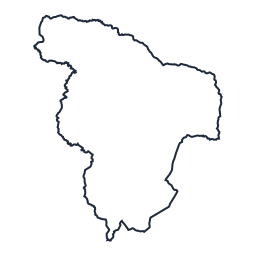 Meluco, Cabo Delgado, Mozambique, rotated 90°
{"feature_id": "85939544B29216683074298", "entity_name": "Meluco", "entity_type": "district", "adm_level": 2, "iso_a3": "MOZ", "parent_name": "Mozambique", "parent_adm1": "Cabo Delgado", "projection": "natural_earth1", "projection_center": [39.629, -12.461], "detail": "fine", "context": "isolated", "style": "outline", "palette": "slate", "viewbox_px": 256, "rotation_deg": 90, "n_neighbors": 0, "source": "geoboundaries", "source_scale": "gbopen_adm2", "svg_char_len": 5769}
<svg xmlns="http://www.w3.org/2000/svg" viewBox="0 0 256 256"><g transform="rotate(90 128 128)"><path d="M217.5,158.4L219.1,153.9L219.4,151.0L219.8,150.0L222.3,149.5L225.5,149.7L229.6,146.9L230.6,147.1L233.9,149.4L238.0,149.1L238.8,148.6L239.2,148.0L240.0,148.4L239.8,147.6L240.3,146.8L240.2,146.1L240.6,145.9L240.5,145.3L239.4,144.9L237.4,142.9L235.7,142.6L234.4,143.1L232.7,141.7L231.6,142.1L230.2,139.8L229.7,137.8L225.1,135.5L224.1,136.0L223.3,136.0L221.6,135.0L220.9,134.1L221.8,133.7L224.3,131.4L229.0,128.1L229.6,128.0L229.9,127.5L229.5,126.8L229.3,125.2L228.4,123.9L228.3,123.2L228.8,122.0L229.9,121.0L230.7,119.2L230.7,117.9L231.4,116.0L231.1,112.8L231.8,111.9L227.5,106.5L226.7,106.3L223.5,106.7L217.7,105.6L206.8,87.2L206.3,86.8L203.7,85.9L194.3,80.1L191.3,78.6L190.1,79.4L189.8,81.5L189.4,82.3L185.2,84.6L183.7,86.9L182.7,87.8L181.0,88.3L180.1,90.5L178.7,89.8L174.4,86.4L170.0,84.0L164.2,83.5L161.0,82.7L159.2,81.8L152.5,79.8L144.2,76.8L142.9,76.0L142.0,73.9L140.0,73.9L139.3,73.6L137.7,72.1L137.1,70.0L135.2,68.8L135.1,68.2L135.4,67.0L136.6,65.3L136.9,64.0L135.5,58.5L135.9,56.2L135.7,54.2L136.2,53.7L135.6,52.7L136.6,51.9L136.4,51.4L136.1,51.3L136.1,50.3L136.9,49.3L138.5,48.4L138.4,47.1L139.7,46.3L139.0,44.9L139.2,44.5L139.1,43.1L139.7,42.2L139.5,41.1L139.7,40.0L138.7,38.8L138.7,37.0L135.2,37.6L132.8,36.7L131.8,36.7L130.8,37.7L129.6,38.1L128.6,39.1L127.4,38.3L125.0,37.8L123.5,38.4L120.5,38.0L119.3,37.5L118.2,37.6L117.3,37.2L116.1,35.7L109.1,36.5L105.5,35.5L103.8,34.7L99.8,35.3L96.8,34.3L95.9,35.2L94.5,35.3L94.1,35.8L93.9,37.0L93.3,37.4L92.8,37.5L91.3,36.8L90.0,36.9L88.0,38.4L87.0,39.6L85.7,40.2L84.9,41.0L82.8,40.0L81.1,40.1L80.4,40.4L79.9,41.4L79.2,41.7L76.3,41.3L74.5,42.0L74.0,43.7L72.4,46.1L72.8,47.7L73.3,48.6L73.1,50.3L71.9,51.2L71.4,52.0L71.6,54.4L70.3,55.9L69.8,58.4L69.4,59.0L68.4,59.4L67.4,61.6L67.1,64.5L66.5,65.8L66.4,67.1L65.3,69.0L64.4,73.2L64.0,74.3L63.9,75.1L65.2,76.6L65.6,77.6L65.2,79.0L64.6,79.8L64.6,80.9L64.2,81.4L64.5,82.9L64.1,87.0L63.5,88.6L64.2,90.9L65.2,92.3L65.2,92.8L61.7,95.4L60.6,97.1L59.7,97.5L58.4,99.0L57.3,101.8L55.9,103.1L52.8,104.8L51.5,106.4L49.0,107.9L46.7,108.8L44.4,112.2L42.8,113.5L42.7,115.7L40.2,119.9L40.4,121.5L39.2,122.6L36.4,122.9L35.6,124.2L35.1,125.5L35.1,126.5L34.5,127.4L34.7,129.5L34.4,131.2L35.0,132.1L35.1,132.8L34.2,134.0L35.1,135.2L35.0,136.5L34.3,137.2L33.1,137.3L32.2,138.1L31.0,137.9L28.8,138.3L28.1,139.5L27.9,141.0L28.6,142.9L28.5,143.5L27.9,144.0L26.2,144.1L25.4,145.1L25.3,146.1L25.7,147.8L25.1,149.0L25.3,151.1L24.2,152.1L23.5,153.6L22.7,153.5L21.9,153.9L22.3,154.8L21.9,155.1L21.5,155.0L20.7,155.8L21.2,156.6L21.0,157.5L20.5,157.8L20.2,157.4L19.8,158.2L20.6,160.5L20.0,160.9L19.9,162.0L20.2,162.5L19.8,163.3L20.5,163.6L20.8,165.0L20.4,166.3L21.4,167.3L21.2,167.8L21.9,169.3L21.0,170.0L21.3,172.3L21.1,173.6L20.7,173.8L20.6,175.2L20.2,176.3L20.6,177.0L20.4,178.1L19.8,178.5L17.5,182.2L17.1,182.0L16.9,182.4L17.5,184.4L17.5,185.7L18.4,186.6L18.6,187.7L17.8,188.5L17.6,189.4L16.7,191.0L16.8,193.0L15.5,194.3L15.4,195.7L16.2,198.6L17.0,200.4L17.0,201.7L17.6,203.4L18.7,205.2L18.5,205.7L17.6,206.6L16.6,207.1L16.6,208.1L16.1,208.8L15.9,210.0L17.2,211.1L17.9,213.0L21.2,213.9L22.2,214.8L27.5,216.6L34.5,216.4L36.7,213.5L39.2,212.5L40.7,212.5L41.5,212.9L41.9,213.6L42.2,216.8L42.7,218.1L45.0,220.2L45.4,221.0L45.8,220.9L46.0,221.7L46.3,221.7L46.7,221.3L47.4,221.4L47.6,220.6L48.1,221.0L48.5,220.9L48.5,219.7L49.7,218.5L49.7,217.9L50.7,217.7L50.6,216.9L51.4,216.7L51.5,216.1L52.2,216.3L53.0,215.4L53.4,215.7L55.0,215.5L56.7,214.7L57.5,215.2L58.9,214.2L59.1,213.5L59.9,212.8L60.3,211.8L60.0,211.2L60.4,210.5L61.4,209.8L61.8,208.7L61.7,207.7L60.7,206.8L60.6,205.8L60.8,205.3L60.5,204.2L61.0,203.4L61.0,202.5L61.5,200.8L62.2,200.1L62.5,199.2L63.2,198.9L63.2,198.2L62.8,197.7L63.1,197.1L62.8,195.6L63.1,194.9L64.0,194.3L63.3,193.3L63.7,192.0L62.5,191.1L62.2,189.8L62.5,189.6L62.7,190.0L63.0,190.0L62.8,188.5L63.1,187.7L65.0,188.2L65.9,187.9L66.1,187.5L65.2,187.0L65.7,185.3L66.4,185.3L67.1,184.7L68.2,185.3L68.5,185.1L68.7,183.2L69.6,182.5L70.3,181.4L71.2,181.4L71.1,180.4L71.9,180.5L72.4,180.2L72.6,180.4L72.8,181.7L72.0,182.9L73.3,184.3L75.5,185.0L76.1,186.4L77.2,186.8L78.4,186.8L79.2,187.8L80.5,188.2L80.6,189.6L81.8,189.0L83.2,189.3L83.5,190.0L85.3,191.3L86.6,190.9L87.2,189.7L88.1,190.5L89.4,189.2L89.7,188.5L91.3,188.4L92.6,191.0L94.5,192.7L94.8,192.6L97.0,189.6L97.3,189.5L97.9,190.2L97.9,191.6L99.2,193.2L100.3,195.4L101.2,195.5L102.1,194.8L104.9,194.2L107.7,194.1L112.2,196.6L112.9,197.8L114.0,198.2L114.5,198.9L115.9,199.5L116.6,199.4L118.0,197.7L119.1,199.0L119.9,199.2L121.3,198.4L121.8,197.3L127.3,198.4L129.2,197.3L130.5,197.6L131.6,197.4L132.4,197.9L133.8,196.9L134.8,195.9L135.1,194.8L136.3,194.1L136.8,193.0L138.2,192.7L138.7,192.0L139.6,191.8L140.2,190.4L140.2,189.7L141.0,189.1L141.3,188.1L142.3,187.8L143.1,188.4L143.5,188.2L144.1,187.3L143.9,186.4L143.4,185.8L143.7,185.2L144.4,185.1L145.1,185.6L145.6,185.4L145.7,184.1L144.3,181.8L144.3,181.1L145.0,179.6L144.8,179.0L143.8,178.2L144.9,177.7L147.9,173.3L148.5,173.2L149.2,174.0L149.9,174.6L150.3,174.5L150.4,173.5L150.0,172.8L150.4,171.9L151.8,171.8L152.5,170.4L152.3,168.8L151.4,168.1L151.3,167.5L153.7,164.8L154.5,163.4L155.2,163.3L156.8,164.4L158.1,164.5L158.4,164.4L159.1,163.4L161.2,163.3L161.7,164.8L162.0,165.0L163.4,164.4L165.9,165.1L166.9,165.9L170.0,170.9L173.5,171.5L175.6,172.4L177.0,172.5L178.4,171.5L182.3,171.3L185.5,170.3L186.5,170.8L187.5,172.2L188.4,172.1L188.9,171.3L189.7,171.0L192.3,170.7L193.8,170.8L196.3,171.7L197.1,170.3L198.9,169.0L200.7,168.4L201.6,168.5L202.1,168.1L202.7,168.2L203.7,167.6L204.9,164.5L205.7,163.7L205.9,162.3L207.0,161.9L207.5,161.0L209.2,160.8L210.3,161.3L211.6,161.3L213.8,160.5L214.6,160.8L216.0,158.8L217.5,158.4Z" fill="none" stroke="#1e293b" stroke-width="2"/></g></svg>